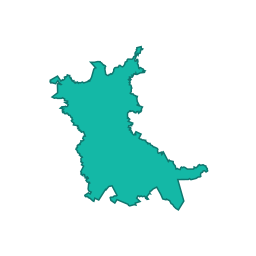 the district of Centro, Tabasco, Mexico, rotated 111°
{"feature_id": "50627088B91103141200300", "entity_name": "Centro", "entity_type": "district", "adm_level": 2, "iso_a3": "MEX", "parent_name": "Mexico", "parent_adm1": "Tabasco", "projection": "natural_earth1", "projection_center": [-92.965, 18.027], "detail": "fine", "context": "isolated", "style": "filled", "palette": "teal", "viewbox_px": 256, "rotation_deg": 111, "n_neighbors": 0, "source": "geoboundaries", "source_scale": "gbopen_adm2", "svg_char_len": 5940}
<svg xmlns="http://www.w3.org/2000/svg" viewBox="0 0 256 256"><g transform="rotate(111 128 128)"><path d="M80.0,186.4L83.4,179.7L84.1,180.5L85.2,181.0L93.8,180.2L97.5,180.6L97.2,181.2L98.0,181.8L98.2,181.1L101.8,185.5L101.4,187.0L103.0,188.7L103.2,190.1L104.0,190.4L103.2,191.9L104.1,192.4L104.1,193.3L104.8,193.1L105.1,193.4L104.6,194.2L105.0,194.6L104.6,194.4L104.4,195.0L103.4,195.4L103.8,195.8L103.5,196.4L104.1,196.7L103.9,197.2L103.4,197.3L103.1,198.3L102.2,198.7L102.3,199.4L101.5,199.5L101.7,200.0L101.2,200.8L99.9,201.2L100.3,202.4L100.0,203.4L100.3,203.8L101.0,203.5L102.4,203.9L102.6,204.9L103.4,205.6L104.2,204.8L105.1,204.7L106.8,205.8L106.9,206.1L106.5,206.5L108.2,207.5L104.8,212.4L111.3,217.7L112.0,217.0L112.8,217.3L113.6,216.1L113.0,215.3L112.6,211.5L109.1,210.4L110.2,209.0L111.3,205.9L111.6,206.2L111.5,208.7L112.0,209.5L112.9,209.4L120.3,206.3L126.3,210.0L126.6,207.4L125.6,205.8L125.7,204.6L124.2,200.8L123.1,199.8L123.5,199.2L123.5,197.6L125.2,197.1L124.5,194.0L125.8,193.6L126.8,195.7L127.6,192.2L129.4,192.3L129.9,192.7L130.4,193.8L130.2,194.2L130.6,194.5L131.8,197.1L132.2,196.7L132.7,197.7L133.8,198.3L133.6,196.9L133.2,196.9L133.9,195.9L133.6,195.0L135.1,195.6L135.7,195.2L135.7,194.3L136.5,194.9L137.0,194.4L136.7,193.1L137.3,192.3L137.1,191.4L136.0,190.4L136.6,189.9L136.4,188.9L137.3,187.9L137.0,186.5L138.4,185.1L138.3,184.0L139.7,183.5L140.1,182.7L141.5,183.5L142.1,182.7L142.8,180.3L144.7,180.1L143.8,175.7L145.0,175.6L145.1,174.4L145.3,174.3L146.6,174.6L146.7,172.7L147.1,172.3L147.6,172.7L148.0,170.9L147.8,170.6L148.6,170.0L147.4,168.2L150.9,165.0L151.6,166.5L154.0,166.5L154.9,165.0L156.3,165.7L156.9,167.4L158.2,166.8L159.6,167.4L160.1,166.8L160.8,167.0L161.2,168.3L162.0,168.5L162.2,168.9L163.1,169.0L164.1,168.2L164.8,168.4L165.1,169.0L166.5,169.0L167.4,167.0L168.2,166.8L169.0,165.9L169.2,164.3L169.6,163.6L170.7,163.7L170.8,162.5L171.3,162.3L171.3,160.6L171.7,160.2L172.1,160.8L173.8,160.9L174.8,160.2L176.1,160.0L176.2,159.4L176.6,159.4L176.7,157.8L179.0,158.2L179.5,155.8L185.8,156.4L186.4,155.4L187.1,155.6L187.5,155.0L188.1,155.1L188.4,153.9L188.1,154.2L187.5,153.3L188.0,153.2L187.1,151.9L189.8,150.2L188.2,148.5L188.9,147.9L188.7,147.5L189.1,147.2L189.3,147.7L189.5,147.2L190.4,147.9L190.3,148.7L191.7,148.0L192.0,148.3L193.1,146.6L192.5,144.5L193.2,144.0L193.9,144.8L199.2,143.4L200.8,142.1L201.0,139.4L203.1,139.7L202.7,141.7L206.3,144.2L206.8,143.9L207.3,142.8L206.4,141.2L207.2,140.1L207.3,138.1L208.6,134.8L208.7,133.6L205.4,133.8L205.7,129.5L193.4,127.0L193.7,126.4L189.5,125.0L187.7,122.2L194.8,114.1L195.5,114.5L196.4,116.5L197.9,117.3L198.9,119.5L199.4,119.7L201.7,118.0L202.8,113.4L198.8,112.6L199.2,100.5L200.0,99.8L200.1,98.5L197.3,94.7L197.1,93.0L195.5,94.3L192.3,90.4L190.4,94.8L187.7,94.3L187.6,93.4L188.0,92.5L186.7,91.4L187.0,90.0L185.7,88.1L186.0,87.4L187.4,86.3L187.4,84.9L187.8,84.6L187.1,83.5L185.6,85.9L181.5,84.7L181.4,83.9L181.1,84.4L179.3,84.8L178.5,83.9L175.9,82.7L172.9,80.0L178.3,73.5L181.8,70.1L181.4,66.8L180.6,66.7L180.9,63.1L183.1,60.7L183.4,58.9L184.7,57.2L185.9,54.5L186.4,51.6L176.2,49.7L158.3,63.1L154.4,53.2L153.2,52.4L153.7,51.0L153.4,50.3L150.6,46.3L148.5,44.8L147.8,43.2L147.1,42.7L145.6,43.6L144.3,43.8L143.3,43.5L142.7,42.6L141.2,42.4L140.4,41.2L141.1,39.4L139.6,38.3L138.9,38.6L138.4,39.4L137.6,39.4L136.5,41.1L135.6,41.7L135.7,43.1L135.4,44.7L136.9,47.0L136.5,48.1L137.7,49.1L138.8,49.1L140.8,50.2L140.7,52.3L142.2,51.8L143.0,52.4L145.1,57.8L144.4,61.0L144.5,62.0L145.4,62.8L145.3,64.1L146.3,64.5L148.1,64.4L148.4,66.2L148.1,67.4L149.1,68.4L146.2,70.6L145.8,71.7L144.5,73.3L143.1,73.8L143.6,77.3L143.2,78.1L144.8,78.4L137.8,86.3L140.7,86.9L139.8,87.7L138.4,87.9L140.7,90.6L140.3,91.3L138.4,92.4L137.2,92.5L136.6,93.4L136.3,96.6L136.6,97.5L135.8,98.9L135.7,100.7L134.5,102.0L135.6,103.8L134.7,104.2L134.8,105.3L134.1,106.5L133.2,107.1L133.7,107.5L133.4,108.8L134.1,110.4L133.7,111.4L134.0,112.6L133.5,114.1L129.0,113.6L128.6,119.2L130.7,119.5L130.8,118.7L131.5,118.4L132.4,120.2L131.5,122.2L130.6,122.5L130.6,123.8L129.8,123.6L129.4,124.1L129.1,124.8L129.4,125.9L128.7,126.2L127.8,125.1L126.8,125.7L127.3,127.9L125.6,128.1L124.7,125.7L124.0,126.3L124.0,125.5L122.9,125.6L122.8,125.1L121.7,125.3L121.7,130.2L119.2,129.5L118.9,130.1L119.0,131.8L118.2,131.6L118.1,132.3L115.1,133.5L113.8,133.7L112.0,132.6L111.4,132.6L111.1,132.1L111.6,131.6L110.5,130.1L110.5,129.1L110.6,128.1L111.2,127.9L111.1,126.1L109.7,125.9L109.0,124.7L109.4,124.6L110.4,123.3L107.9,122.5L108.3,121.9L107.1,121.6L105.3,122.3L103.2,122.0L103.3,128.3L102.4,126.1L99.9,128.9L97.1,130.4L95.2,130.6L95.7,131.7L95.2,132.0L95.1,134.6L94.4,135.2L94.7,135.9L94.5,136.5L95.1,137.1L94.7,138.4L92.9,138.0L90.3,139.0L89.3,138.7L88.8,139.6L87.9,139.8L87.0,140.7L87.1,142.2L85.9,142.1L85.2,143.1L84.5,142.4L83.7,143.2L81.8,142.6L81.7,143.1L82.6,143.9L82.9,144.7L82.6,145.0L81.6,144.1L79.9,144.9L79.7,144.4L80.3,143.5L79.5,143.5L78.9,142.2L78.1,142.1L77.4,143.1L77.1,142.0L75.2,141.9L74.9,141.2L75.3,140.6L75.1,140.2L74.0,140.3L75.0,139.5L74.8,138.8L72.2,136.4L70.3,132.7L69.6,132.5L69.2,132.8L69.6,134.5L69.1,134.4L68.7,133.5L69.0,132.9L68.5,132.6L68.5,134.0L67.5,135.0L67.5,136.4L67.1,138.0L67.8,139.0L68.5,138.9L68.4,139.3L65.4,141.1L64.7,142.2L62.2,142.6L60.6,143.6L60.8,144.3L62.3,144.2L63.1,145.2L62.1,146.1L55.2,146.1L56.4,144.7L54.5,144.8L53.8,143.5L50.6,144.1L49.5,142.6L48.9,142.6L49.3,143.9L47.3,144.9L49.9,148.5L50.9,148.0L51.8,148.3L52.4,147.6L55.1,148.3L55.7,147.9L56.2,148.1L57.8,147.0L59.4,148.2L61.5,148.3L62.4,149.0L63.7,152.8L64.7,153.2L66.2,152.9L67.5,154.2L69.8,153.9L71.8,154.3L72.9,155.0L72.9,156.8L72.4,157.5L72.7,158.6L74.9,159.0L76.0,161.3L76.7,162.0L78.4,162.3L80.2,161.7L82.6,162.1L83.6,162.5L83.4,163.4L84.4,163.9L84.7,164.7L86.0,165.1L86.3,166.3L85.7,168.1L81.0,170.9L80.5,170.8L80.3,171.3L78.6,170.9L78.1,171.5L77.8,173.3L78.1,173.4L76.7,176.0L76.5,177.7L76.1,177.8L76.8,180.0L78.8,183.1L80.0,186.4Z" fill="#14b8a6" stroke="#0f766e" stroke-width="1.5"/></g></svg>